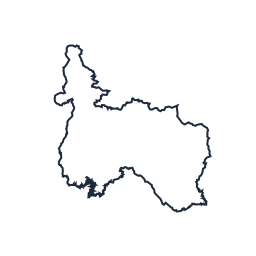 the district of Bandung Barat, Jawa Barat, Indonesia, rotated 254°
{"feature_id": "22746128B79756617117888", "entity_name": "Bandung Barat", "entity_type": "district", "adm_level": 2, "iso_a3": "IDN", "parent_name": "Indonesia", "parent_adm1": "Jawa Barat", "projection": "orthographic", "projection_center": [107.424, -6.905], "detail": "fine", "context": "isolated", "style": "outline", "palette": "slate", "viewbox_px": 256, "rotation_deg": 254, "n_neighbors": 0, "source": "geoboundaries", "source_scale": "gbopen_adm2", "svg_char_len": 5624}
<svg xmlns="http://www.w3.org/2000/svg" viewBox="0 0 256 256"><g transform="rotate(254 128 128)"><path d="M152.8,133.5L150.5,131.5L151.3,129.9L147.8,126.6L147.6,125.6L149.1,123.4L149.9,123.4L150.1,120.9L151.0,118.8L150.5,117.4L152.2,116.3L152.5,117.0L152.8,116.6L153.4,114.8L152.1,113.9L154.4,113.5L155.5,111.8L156.5,111.6L157.2,109.3L155.3,108.6L157.0,106.3L157.8,102.8L159.0,102.9L160.0,102.1L161.6,102.7L161.3,105.1L163.2,105.4L161.8,108.0L162.8,108.5L163.5,110.1L166.2,110.7L166.0,111.6L167.3,112.6L165.6,116.6L166.8,117.7L168.7,118.1L168.3,119.0L168.7,120.1L169.9,118.1L170.8,114.0L175.2,111.1L175.3,108.4L176.2,107.8L178.1,103.9L177.9,105.9L179.3,105.9L180.0,107.1L180.2,106.3L179.5,110.1L180.6,111.8L182.2,110.4L183.0,108.5L184.6,107.5L184.5,108.4L185.7,108.7L185.6,109.5L186.6,110.7L187.7,107.9L188.9,110.6L192.0,110.3L191.9,109.5L193.9,108.7L194.4,107.3L197.2,105.7L198.1,104.0L200.0,103.0L200.3,102.2L204.3,102.4L205.7,101.7L206.7,102.1L211.3,101.2L211.9,101.5L212.2,103.7L214.0,104.0L215.2,105.1L218.5,102.7L220.2,103.2L220.7,101.7L221.4,101.5L220.6,99.7L222.6,97.5L223.3,94.8L223.1,92.5L221.6,91.1L218.0,90.1L216.6,88.4L214.4,88.5L209.8,90.4L206.4,87.0L204.2,84.1L203.9,82.6L203.3,82.9L200.9,81.8L196.3,81.2L193.9,81.9L189.2,81.8L186.2,78.4L185.1,78.0L185.5,76.9L182.7,76.5L179.2,77.2L179.0,75.5L180.5,73.0L179.8,68.4L179.0,66.7L176.1,65.5L173.7,65.1L171.2,66.1L170.2,67.8L168.8,68.6L168.0,70.9L169.4,71.8L169.6,73.1L169.0,73.6L169.7,74.5L169.0,75.2L169.5,76.4L169.1,77.5L170.8,77.7L170.4,78.8L171.0,79.0L171.4,82.4L170.2,82.7L168.7,80.7L166.1,81.7L164.5,81.4L162.9,82.0L161.2,81.4L158.1,78.2L155.9,78.2L154.6,77.5L151.8,72.5L150.2,71.2L147.3,70.6L146.5,69.5L144.8,69.1L144.5,68.5L139.6,68.1L138.9,67.4L139.2,67.0L136.9,65.8L134.8,62.9L132.3,61.4L131.4,59.5L130.6,59.4L127.2,55.8L125.9,56.2L123.5,55.5L123.6,56.1L122.9,56.6L122.3,55.7L121.5,55.8L121.4,56.4L117.8,55.7L114.8,52.4L112.3,51.6L111.2,52.1L110.8,53.3L109.6,53.2L107.6,54.1L104.4,53.5L102.0,52.3L99.8,52.5L99.5,52.1L99.0,52.4L99.5,53.7L98.8,54.6L99.0,55.9L97.4,55.8L97.4,56.5L94.9,56.5L92.4,54.6L91.1,54.7L90.2,55.6L89.4,55.4L88.9,55.6L89.1,57.3L88.3,59.3L89.2,60.3L88.2,60.0L87.9,60.9L89.0,62.4L87.5,62.0L86.0,62.6L85.6,63.4L86.4,64.4L85.0,63.8L83.4,65.3L84.8,66.2L85.3,65.8L85.8,66.6L84.9,67.0L86.7,68.1L83.4,68.7L85.0,70.2L84.3,70.3L84.6,71.5L88.9,73.6L89.2,74.6L90.1,75.0L89.7,75.3L90.9,75.7L92.0,74.4L92.2,74.8L90.7,76.1L85.3,73.6L85.3,75.2L86.5,74.7L86.8,75.5L87.6,75.6L87.6,76.4L88.1,75.9L88.7,76.1L88.8,77.0L89.3,76.3L89.7,76.4L88.7,77.2L88.5,76.1L87.8,76.7L86.9,75.8L86.0,76.2L86.1,75.1L85.3,76.4L86.4,76.8L85.3,76.7L85.3,77.7L85.8,78.5L86.7,78.2L87.3,78.3L87.7,78.7L86.4,78.5L86.2,79.3L85.7,79.1L84.6,77.2L84.1,77.2L84.1,78.7L84.6,78.7L85.8,80.3L83.4,78.4L84.6,80.1L83.6,79.6L84.0,81.2L83.7,81.2L83.1,80.1L82.4,80.9L82.6,79.8L81.3,80.0L80.8,79.7L81.2,78.9L80.1,78.9L79.6,78.3L81.5,77.8L82.4,78.7L82.9,78.5L83.2,76.9L82.8,76.4L82.2,77.1L82.2,75.4L81.3,76.7L81.3,76.2L80.2,76.7L79.6,76.3L77.2,78.0L77.8,76.4L76.5,76.6L75.7,77.6L76.3,75.5L78.0,75.7L79.0,74.4L77.3,74.1L76.8,73.3L76.6,74.2L75.6,74.2L74.2,77.0L75.4,73.7L74.8,72.4L75.2,72.0L72.3,70.8L72.1,71.7L74.4,73.3L74.0,75.1L73.2,74.3L73.4,78.2L72.5,76.5L71.7,78.2L73.3,79.7L72.7,80.9L73.8,82.0L72.5,81.6L72.1,82.2L69.9,82.2L70.3,83.5L72.4,83.3L71.5,84.0L71.7,85.2L71.0,85.0L71.3,86.4L71.8,86.6L72.3,85.9L73.6,86.3L73.2,86.6L75.1,87.5L74.7,88.5L75.9,89.2L76.8,89.0L77.4,89.9L78.0,89.6L78.9,90.5L79.1,90.1L79.2,90.7L79.8,90.6L79.6,91.6L80.5,91.6L79.1,92.1L80.1,92.7L79.6,93.7L81.2,94.8L82.0,96.9L80.7,96.5L79.6,98.7L82.0,99.9L81.9,104.9L83.6,107.5L82.4,108.3L82.5,109.2L83.1,109.6L84.2,109.2L84.6,110.8L86.2,109.7L87.2,111.2L88.3,110.2L89.0,108.2L89.4,108.4L89.0,109.8L90.8,109.4L91.3,109.8L91.6,110.7L90.4,112.4L91.3,114.1L90.4,115.8L89.3,116.1L89.3,116.9L88.4,117.5L89.1,118.9L88.5,119.6L88.6,121.3L85.9,121.4L84.8,122.1L83.7,121.6L82.1,121.9L79.1,125.0L79.3,126.2L78.1,127.6L74.5,129.6L71.7,129.7L71.1,131.8L66.4,135.2L65.0,134.8L61.4,136.1L58.3,135.7L50.5,139.8L45.6,140.3L44.3,141.3L45.8,143.6L39.8,147.5L39.2,148.5L37.8,148.4L35.6,150.2L35.8,151.6L34.3,151.9L33.7,155.5L34.1,157.5L35.0,157.6L35.6,158.9L35.4,159.7L33.9,159.6L33.6,160.0L34.6,163.7L35.3,164.4L34.8,165.5L35.9,166.1L36.0,167.3L37.5,168.9L36.7,169.4L36.9,171.0L36.0,171.5L34.8,176.3L35.3,176.9L34.3,177.4L35.0,177.8L34.1,178.9L34.5,179.5L33.5,180.0L32.7,182.0L33.7,182.4L34.2,181.9L35.7,183.2L36.2,182.9L35.9,182.2L37.4,182.2L37.4,181.8L38.4,182.2L38.9,181.2L39.8,181.4L40.1,180.5L40.6,181.6L41.8,181.3L42.3,180.5L42.6,181.3L43.3,180.7L43.6,181.2L44.9,181.4L45.1,182.0L46.6,181.6L47.3,182.0L46.8,180.1L47.4,179.8L47.0,179.2L47.6,178.7L49.0,179.2L49.3,178.9L49.4,179.5L52.3,177.9L54.9,178.8L55.0,179.2L57.5,178.6L58.0,180.1L59.1,180.2L58.8,181.8L61.8,183.4L62.2,185.0L64.2,187.0L68.2,188.9L68.9,191.3L69.9,191.4L72.5,193.3L72.8,191.4L73.8,191.0L74.7,192.5L76.3,193.3L77.9,195.7L78.1,199.5L80.7,199.2L83.1,200.1L85.9,199.6L88.2,200.4L90.2,199.6L94.9,201.6L95.8,203.2L97.7,201.8L102.8,203.5L103.6,204.4L106.3,204.0L109.8,200.7L111.6,199.9L112.1,195.5L111.5,193.6L113.0,191.1L114.3,190.7L115.7,188.4L116.7,187.9L115.8,183.4L117.9,181.5L125.8,178.5L127.9,179.6L134.7,180.6L136.0,181.7L135.3,175.7L137.1,173.8L137.6,169.8L135.3,167.8L136.0,166.0L135.2,163.9L136.6,162.3L139.2,161.4L139.7,159.4L139.1,156.2L139.8,154.3L143.4,153.5L145.3,155.3L145.4,154.1L146.0,154.3L146.9,153.3L147.1,151.3L148.5,149.1L150.5,148.6L150.4,147.1L151.6,146.3L150.5,146.2L150.4,145.8L152.4,144.5L153.0,142.0L155.2,140.9L154.8,139.9L151.9,138.7L151.9,136.2L152.7,134.9L152.2,134.4L152.8,133.5Z" fill="none" stroke="#1e293b" stroke-width="2"/></g></svg>